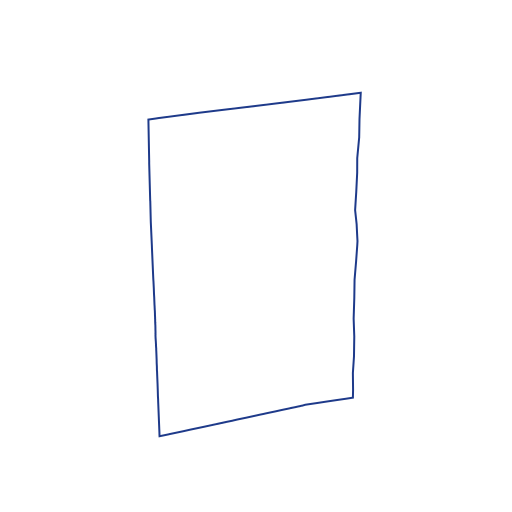 the district of Zandvoort, Noord-Holland, Netherlands, rotated 154°
{"feature_id": "6326949B44029658680347", "entity_name": "Zandvoort", "entity_type": "district", "adm_level": 2, "iso_a3": "NLD", "parent_name": "Netherlands", "parent_adm1": "Noord-Holland", "projection": "natural_earth1", "projection_center": [4.556, 52.36], "detail": "fine", "context": "isolated", "style": "outline", "palette": "blue", "viewbox_px": 512, "rotation_deg": 154, "n_neighbors": 0, "source": "geoboundaries", "source_scale": "gbopen_adm2", "svg_char_len": 2472}
<svg xmlns="http://www.w3.org/2000/svg" viewBox="0 0 512 512"><g transform="rotate(154 256 256)"><path d="M231.0,86.2L227.5,93.0L220.2,108.4L212.0,122.7L203.0,140.5L195.7,156.9L190.0,167.7L186.1,175.1L177.8,191.5L168.5,207.1L160.2,221.4L158.3,224.8L155.8,230.7L151.6,240.5L146.8,253.8L138.0,269.3L128.6,286.4L122.1,299.6L111.3,317.3L108.9,322.0L102.9,333.8L94.8,348.6L90.3,356.8L137.2,372.7L139.3,373.4L141.7,374.2L154.5,378.6L190.5,391.0L222.4,402.1L243.5,409.4L281.4,422.1L282.8,422.6L286.1,423.6L289.5,424.7L292.3,425.6L292.9,425.8L310.6,387.7L311.3,386.3L326.8,352.2L327.0,351.6L335.6,332.8L345.3,310.4L345.8,309.3L357.9,281.5L358.7,279.6L358.8,279.4L358.9,279.1L359.3,278.1L362.0,271.8L364.4,266.4L365.6,263.5L366.0,262.6L368.6,256.7L369.0,255.7L369.3,255.0L369.5,254.5L369.6,254.3L369.8,253.9L370.1,253.1L370.3,252.8L370.5,252.2L371.2,250.5L371.7,249.4L371.9,248.9L372.0,248.7L372.7,247.2L373.9,244.4L374.0,244.2L374.2,243.9L374.6,242.8L375.0,242.1L375.4,241.2L375.6,240.6L375.7,240.3L375.8,240.3L376.5,238.7L376.7,238.1L377.0,237.5L377.4,236.6L377.5,236.4L377.9,235.5L378.2,234.9L379.0,233.2L379.1,232.9L379.3,232.5L379.8,231.4L380.4,230.3L380.4,230.2L380.5,229.9L380.6,229.7L380.8,229.4L381.0,229.0L381.3,228.4L381.4,228.1L381.6,227.7L382.0,226.8L382.3,226.0L382.4,225.9L382.8,224.8L383.0,224.5L383.1,224.1L383.6,222.9L383.8,222.4L384.2,221.5L384.4,221.0L384.8,220.0L384.9,219.8L385.0,219.7L385.3,219.0L385.6,218.2L386.0,217.3L386.0,217.2L386.1,216.9L386.6,215.9L387.5,213.8L389.3,209.7L390.8,206.3L392.2,203.3L393.6,200.0L395.1,196.8L395.6,195.5L396.8,192.8L398.9,188.0L400.6,184.1L403.1,178.5L405.6,173.0L406.9,169.9L407.6,168.4L409.3,164.5L420.1,139.9L421.0,137.9L421.2,137.5L421.7,136.3L412.3,133.9L412.0,133.9L410.5,133.5L398.2,130.4L391.0,128.7L377.6,125.3L374.3,124.5L355.5,119.9L349.4,118.3L348.9,118.2L348.3,118.1L346.2,117.6L345.2,117.4L343.2,116.9L335.8,115.0L335.4,114.9L325.5,112.5L321.7,111.6L318.7,110.8L316.5,110.3L312.5,109.3L307.0,107.9L300.3,106.3L298.7,105.9L294.8,104.9L292.4,104.3L291.8,104.2L291.7,104.2L291.1,104.0L290.9,104.0L290.8,103.9L290.2,103.8L290.0,103.7L289.8,103.7L288.8,103.4L287.9,103.2L287.3,103.0L285.9,102.7L285.6,102.6L285.0,102.5L284.3,102.3L283.4,102.1L283.2,102.0L282.8,101.9L282.3,101.8L282.2,101.8L282.0,101.7L281.9,101.7L281.3,101.6L280.9,101.5L280.2,101.3L280.0,101.2L279.3,101.1L276.9,100.7L270.0,98.5L265.3,97.0L256.6,94.3L246.5,91.1L237.8,88.3L231.0,86.2Z" fill="none" stroke="#1e3a8a" stroke-width="2"/></g></svg>